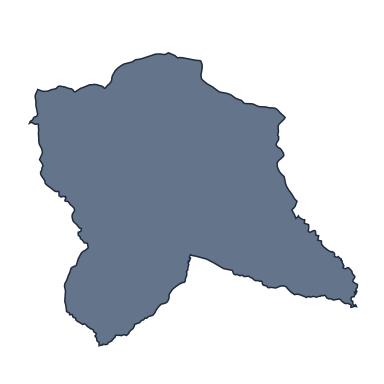 the district of Guática, Risaralda, Colombia, rotated 83°
{"feature_id": "7082276B7280150646528", "entity_name": "Guática", "entity_type": "district", "adm_level": 2, "iso_a3": "COL", "parent_name": "Colombia", "parent_adm1": "Risaralda", "projection": "orthographic", "projection_center": [-75.786, 5.328], "detail": "fine", "context": "isolated", "style": "filled", "palette": "slate", "viewbox_px": 384, "rotation_deg": 83, "n_neighbors": 0, "source": "geoboundaries", "source_scale": "gbopen_adm2", "svg_char_len": 5942}
<svg xmlns="http://www.w3.org/2000/svg" viewBox="0 0 384 384"><g transform="rotate(83 192 192)"><path d="M333.3,303.0L332.9,301.2L333.0,299.4L332.2,298.8L332.3,298.1L333.0,296.5L332.7,294.4L331.2,293.3L330.0,289.7L329.0,289.2L328.4,288.0L327.4,287.3L326.8,286.1L326.2,285.7L325.2,285.5L324.9,285.0L325.0,283.3L325.4,282.6L325.4,281.0L326.0,279.7L325.3,277.1L325.5,276.3L326.4,274.7L326.3,274.2L325.6,273.6L325.0,272.3L323.7,271.6L321.6,269.4L320.5,267.3L318.4,265.8L317.7,265.4L316.7,265.4L316.4,265.1L315.4,260.3L314.9,259.4L313.5,258.0L312.9,255.5L311.4,254.1L311.8,252.4L310.4,250.5L309.7,246.4L309.3,245.6L307.2,243.4L305.5,242.5L302.8,240.2L299.8,236.7L299.5,235.9L299.2,232.4L298.3,230.4L297.5,229.4L294.5,227.7L291.9,227.4L290.5,226.9L286.2,223.2L284.1,219.9L281.5,215.1L281.6,214.5L281.1,214.0L281.1,213.2L280.6,212.9L280.8,210.9L279.7,209.6L276.9,209.0L274.5,207.5L271.4,207.0L270.5,207.3L268.8,205.7L266.5,205.3L263.8,204.1L263.2,204.1L261.6,204.6L261.2,204.1L260.4,204.0L260.8,203.4L260.6,203.1L259.8,203.1L259.8,202.9L259.1,202.7L259.0,202.2L258.2,202.0L257.8,201.6L257.2,201.6L257.1,202.5L256.6,202.6L254.9,201.9L254.0,201.0L254.8,200.3L255.1,199.6L256.0,196.4L260.3,185.8L264.6,179.5L271.9,170.0L274.6,161.8L275.7,161.2L277.8,160.8L278.9,160.2L279.5,158.8L279.3,157.3L281.0,154.6L280.6,152.4L282.3,150.6L282.5,145.9L284.1,144.3L284.9,142.5L286.6,141.4L287.8,139.6L287.9,137.4L288.8,135.8L288.9,134.2L289.6,133.4L291.0,133.4L292.8,132.9L293.4,132.1L294.3,129.5L296.1,128.3L296.3,127.9L296.4,124.5L297.4,121.1L297.4,120.0L296.2,115.9L296.3,112.6L297.7,109.9L299.0,109.3L302.3,106.9L303.2,106.0L304.0,105.6L304.7,104.4L306.0,103.3L306.3,102.7L306.3,99.6L307.2,97.3L310.0,92.1L310.7,91.3L310.0,90.0L309.9,89.0L310.8,87.5L310.4,84.1L311.6,81.2L311.0,78.9L311.2,77.2L310.4,76.0L311.0,74.7L310.7,72.9L311.2,72.2L313.6,71.1L314.6,69.7L314.9,67.1L316.4,65.0L316.2,59.2L316.8,57.7L318.6,56.7L321.0,54.2L321.4,53.2L321.6,50.9L323.2,48.1L323.9,47.8L325.4,48.5L325.9,48.2L326.0,47.6L325.2,45.1L325.8,42.7L324.5,43.1L323.8,43.6L324.4,44.6L323.9,45.5L322.4,46.0L320.1,45.7L319.9,45.9L319.5,46.9L318.2,47.4L316.0,46.6L315.7,46.0L315.8,44.5L315.5,43.7L314.2,43.2L312.9,41.6L312.4,41.6L312.0,42.9L311.3,43.0L311.0,42.1L311.4,40.9L311.0,40.5L310.6,40.5L309.3,41.2L308.6,41.2L306.9,39.6L304.5,39.1L304.0,39.1L303.4,39.7L302.2,41.7L300.4,43.2L299.1,43.0L297.0,41.1L296.0,40.7L295.1,40.9L293.4,42.4L292.3,42.8L290.1,43.0L287.0,45.2L286.2,46.0L286.1,47.0L286.8,48.6L286.5,50.0L286.0,51.1L285.2,51.3L284.3,50.5L283.4,50.3L280.4,51.5L279.1,51.4L278.4,51.5L277.6,52.6L277.0,52.1L276.3,52.2L275.8,53.5L273.9,54.7L274.4,55.7L274.3,56.5L273.4,58.5L271.2,58.0L270.1,58.2L269.1,59.0L268.2,60.2L268.6,60.9L266.6,63.9L262.5,68.0L259.5,69.8L256.4,69.5L255.1,73.0L250.8,71.6L250.2,74.0L249.6,74.3L246.1,74.2L245.5,74.6L245.1,75.2L245.3,76.7L246.4,79.8L245.4,81.4L240.7,80.3L238.6,80.3L237.2,83.4L236.5,84.4L233.8,83.5L233.2,83.6L233.0,85.0L232.3,86.3L230.2,88.7L228.6,89.3L229.6,90.1L230.9,92.1L226.9,93.1L221.9,95.1L220.0,92.5L218.6,91.3L213.9,88.9L211.9,90.7L206.0,93.4L201.6,95.9L197.3,97.7L194.5,98.2L188.4,98.6L187.6,98.9L185.1,101.1L182.3,102.8L178.1,104.1L174.6,104.2L173.0,103.7L171.2,102.0L169.3,99.0L167.5,96.8L166.8,96.4L164.5,96.5L161.0,98.2L159.8,99.0L157.6,101.7L155.3,102.8L153.5,102.0L151.1,99.9L149.7,99.5L147.8,99.2L146.1,100.1L143.0,98.9L136.9,98.5L135.2,97.3L131.1,91.9L130.0,90.8L129.3,90.5L124.3,94.7L120.7,97.3L119.7,98.3L118.8,99.7L117.8,105.1L116.5,108.7L115.7,114.0L114.9,116.2L112.4,120.2L111.8,121.7L110.6,128.8L109.6,130.2L108.8,130.4L107.1,131.8L104.4,137.2L100.2,141.6L98.4,145.2L96.2,152.1L95.4,153.4L90.3,158.7L86.4,163.9L82.6,167.5L80.5,168.9L76.8,168.8L70.6,166.9L67.2,166.4L63.9,167.0L63.0,167.4L62.6,168.0L61.5,172.9L57.4,185.6L57.0,188.1L57.2,189.9L54.4,192.5L50.9,198.5L52.0,200.8L52.2,202.7L51.1,207.0L50.7,211.3L53.7,226.5L53.9,231.8L54.5,233.4L55.6,235.1L56.7,244.0L58.1,247.2L60.0,250.6L62.2,253.4L64.0,254.6L66.5,256.6L68.5,257.5L71.0,258.1L72.8,258.9L73.4,259.9L74.6,260.5L75.1,261.9L78.4,265.7L78.2,266.4L77.7,267.0L77.0,267.3L76.2,268.2L73.8,273.6L73.2,276.2L73.5,278.0L73.1,280.6L75.1,287.6L75.5,289.9L78.4,295.8L77.8,297.1L76.2,297.6L74.9,299.2L73.8,302.6L72.4,305.1L70.8,310.2L70.9,311.8L71.8,313.2L72.5,313.7L73.0,315.4L73.3,319.7L74.0,321.3L74.3,323.9L73.9,327.9L71.4,332.6L73.1,333.5L75.8,335.3L77.7,336.0L79.8,336.1L82.3,335.8L87.2,336.4L96.0,335.7L97.7,336.7L98.0,337.3L98.5,339.5L99.0,340.2L100.9,341.3L102.2,343.9L103.9,344.9L103.4,343.6L103.4,342.8L105.5,339.7L105.8,338.7L105.6,336.8L106.2,336.1L107.8,336.5L111.9,336.6L114.4,337.2L124.3,337.9L126.1,337.7L129.7,336.3L131.7,335.8L134.3,335.6L135.7,336.0L141.2,339.4L145.6,337.2L147.9,336.7L149.4,337.8L152.4,338.6L152.9,339.2L153.7,339.9L155.6,340.0L157.1,339.7L162.7,336.8L165.5,336.6L166.9,335.7L174.6,327.9L175.1,326.4L175.2,324.3L175.8,324.1L179.6,324.4L179.8,323.7L180.8,323.1L181.1,321.9L180.6,321.3L180.5,320.7L181.2,319.3L181.0,318.1L181.6,317.9L182.3,318.2L183.3,318.0L184.4,319.1L185.3,319.2L185.6,319.0L186.4,316.1L189.8,314.3L190.8,313.2L193.5,311.1L194.8,310.8L196.2,310.9L199.7,313.6L202.2,314.1L205.8,313.7L207.0,313.2L210.8,310.0L213.6,308.4L214.2,307.9L214.7,306.2L217.6,307.2L218.1,309.9L220.6,310.2L221.3,310.0L223.0,308.4L224.6,308.5L226.5,306.6L229.4,305.1L230.1,302.1L234.7,301.8L236.7,304.7L237.7,307.2L239.2,309.4L244.6,313.1L250.5,315.7L251.1,316.7L252.0,320.0L253.0,321.4L256.8,323.0L259.5,324.7L264.3,327.1L267.2,329.2L269.9,330.1L274.6,329.6L285.1,331.6L289.6,331.0L295.4,331.1L297.3,328.3L298.7,328.5L299.1,328.2L298.9,326.4L299.3,325.6L301.4,325.5L302.2,324.7L302.7,323.1L305.0,322.8L307.1,320.7L307.6,319.6L310.1,316.8L310.1,315.9L309.7,315.2L310.2,314.1L311.6,312.8L312.6,312.4L314.5,310.1L315.2,309.7L315.8,308.2L316.7,306.9L318.8,306.5L320.2,304.7L321.7,304.3L323.1,305.9L324.1,305.4L324.7,304.6L327.7,304.5L328.6,304.2L329.5,303.0L330.2,302.6L333.3,303.0Z" fill="#64748b" stroke="#1e293b" stroke-width="1.5"/></g></svg>